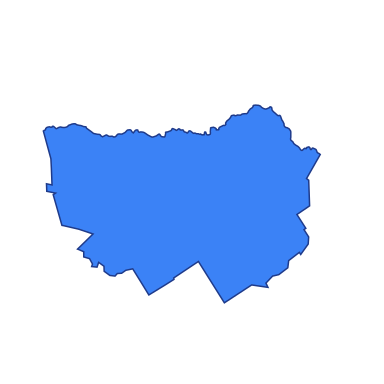 outline of Grafton, New Hampshire, United States of America, rotated 66°
{"feature_id": "52423323B26223057606715", "entity_name": "Grafton", "entity_type": "district", "adm_level": 2, "iso_a3": "USA", "parent_name": "United States of America", "parent_adm1": "New Hampshire", "projection": "natural_earth1", "projection_center": [-72.019, 43.968], "detail": "fine", "context": "isolated", "style": "filled", "palette": "blue", "viewbox_px": 384, "rotation_deg": 66, "n_neighbors": 0, "source": "geoboundaries", "source_scale": "gbopen_adm2", "svg_char_len": 4094}
<svg xmlns="http://www.w3.org/2000/svg" viewBox="0 0 384 384"><g transform="rotate(66 192 192)"><path d="M209.9,59.6L209.4,59.8L208.2,60.5L207.6,61.1L206.8,61.5L203.9,61.4L203.2,61.7L201.2,63.5L200.9,63.9L200.9,64.4L201.7,65.7L201.6,66.2L200.9,66.5L199.6,66.3L198.6,66.7L198.3,66.9L198.0,68.9L198.1,69.1L198.8,69.8L198.8,70.1L198.7,70.4L198.0,70.9L197.9,71.3L198.1,72.4L198.7,74.0L198.8,74.3L198.6,74.9L198.3,75.2L197.2,75.7L195.5,75.9L193.8,76.5L192.7,77.2L191.2,78.3L189.2,79.3L187.0,79.5L185.1,80.5L184.5,80.6L183.6,80.4L182.2,79.5L177.3,77.3L176.3,77.1L173.7,77.6L171.9,79.0L171.0,80.3L169.5,80.8L168.6,80.8L167.1,80.2L164.0,80.3L162.9,80.6L158.6,80.3L157.7,80.7L157.3,82.2L156.9,82.6L153.5,84.1L151.7,85.0L150.6,85.3L149.5,85.5L147.9,85.0L147.1,84.9L146.2,85.5L146.0,86.4L146.4,86.9L146.4,89.6L146.3,90.5L146.1,91.1L145.2,92.3L144.8,92.7L143.0,94.0L141.4,94.5L140.0,95.8L138.5,98.5L137.9,100.4L138.2,101.2L138.7,101.3L139.5,102.7L139.8,104.9L141.2,107.6L142.1,108.5L142.5,109.4L142.7,110.2L142.0,111.7L141.3,113.9L141.2,114.9L141.5,116.1L141.5,116.4L141.4,116.7L140.1,119.3L140.2,120.0L140.0,121.1L139.8,121.7L138.9,122.3L138.7,122.7L138.3,124.9L139.4,126.3L140.4,128.0L141.4,131.5L142.7,133.3L144.0,133.6L144.4,134.5L144.5,134.7L144.5,135.1L143.9,136.2L143.9,136.5L144.1,140.7L145.0,141.8L145.9,142.1L146.0,142.4L145.1,144.5L144.8,144.5L144.4,144.2L144.1,144.2L143.0,144.7L141.6,146.0L141.0,148.3L141.0,148.9L144.6,150.9L145.3,151.0L146.2,151.5L146.6,151.9L146.7,152.6L146.5,154.0L146.2,154.5L145.9,154.9L145.4,155.2L144.5,155.3L143.0,155.1L142.7,155.3L142.4,155.8L142.8,156.4L144.6,157.6L143.9,159.6L142.5,160.6L142.6,161.3L141.3,162.6L140.6,164.2L140.4,164.4L140.0,164.7L139.3,165.4L139.1,166.6L138.2,167.3L136.2,168.3L135.6,168.7L135.2,169.2L135.1,169.6L135.1,170.2L136.1,171.7L136.2,172.2L136.0,172.6L135.2,173.1L134.7,173.5L134.5,174.0L133.7,174.7L132.5,174.8L132.1,174.8L131.6,175.1L131.4,175.5L131.2,176.2L130.5,177.5L129.6,177.6L128.9,178.3L129.0,179.3L129.4,180.9L129.3,181.3L128.1,182.0L126.2,183.8L126.2,184.6L127.2,185.7L127.4,186.7L127.2,189.5L127.1,190.3L126.7,191.3L126.7,191.7L126.8,191.9L127.6,192.1L130.0,193.9L130.5,194.5L130.5,194.9L129.2,197.1L128.8,197.4L127.6,197.9L126.6,197.9L125.9,198.2L125.7,198.6L125.7,199.3L126.2,201.7L126.2,202.1L125.9,205.3L125.6,206.0L125.2,206.6L121.8,209.3L119.4,210.7L117.9,211.8L116.9,213.2L116.2,214.5L116.1,215.8L115.7,216.2L114.1,216.5L113.3,216.4L113.1,216.7L112.8,217.2L112.6,218.5L113.0,219.5L113.5,220.3L113.6,220.6L113.8,221.0L114.1,221.6L112.3,222.5L111.2,222.5L110.4,222.8L109.9,223.4L109.2,225.6L109.3,226.3L110.4,228.9L110.6,232.2L110.3,233.2L109.6,234.4L109.1,235.6L109.0,236.1L109.5,237.7L110.1,238.7L110.3,240.0L109.9,241.1L108.5,242.3L107.9,244.1L107.4,245.1L107.0,245.5L105.3,246.7L105.0,247.2L105.0,247.9L105.2,251.2L105.0,251.3L104.5,251.8L103.7,252.3L102.4,252.6L102.0,252.9L101.5,253.5L101.0,254.6L100.6,255.2L98.5,258.1L95.5,259.7L90.9,262.4L89.3,262.4L88.1,264.5L87.2,265.3L86.0,266.6L85.5,267.5L84.2,269.3L83.6,270.0L82.4,270.7L81.7,271.9L81.1,274.0L81.1,275.0L80.9,277.8L81.3,278.4L81.6,279.3L81.6,280.6L81.3,281.9L81.0,282.8L79.8,284.9L79.3,285.3L79.0,286.0L78.8,288.0L79.0,288.9L79.0,290.0L78.7,290.5L77.0,291.2L75.8,291.8L75.4,292.2L75.3,292.5L75.3,293.0L75.8,293.5L75.4,294.8L74.6,295.4L74.1,297.1L74.0,298.5L74.5,299.8L75.3,300.4L75.6,300.9L75.6,301.0L75.7,302.1L75.5,302.7L75.3,302.9L75.2,302.9L104.3,307.4L113.1,310.8L128.6,317.0L125.3,321.6L132.3,324.4L137.5,317.1L138.0,319.9L169.6,324.4L170.6,322.9L179.9,310.6L190.1,299.5L197.6,319.8L202.5,315.2L207.3,317.3L211.2,312.7L217.3,312.2L219.3,314.0L222.0,309.3L218.3,305.9L224.0,302.6L228.7,304.5L234.8,301.0L237.5,296.5L236.1,293.4L237.6,289.3L236.6,284.3L238.1,277.4L254.1,275.2L268.5,273.3L266.0,254.3L264.5,244.0L263.1,243.7L259.0,219.9L258.1,214.4L306.4,207.5L302.2,181.7L301.2,175.3L310.0,161.4L305.3,161.5L301.6,152.6L302.8,146.3L300.2,135.3L294.0,131.6L290.8,118.5L293.3,118.1L286.8,107.0L280.5,103.7L271.9,105.0L271.5,102.8L255.2,105.3L252.5,90.2L228.7,80.6L226.3,81.9L209.9,59.6Z" fill="#3b82f6" stroke="#1e3a8a" stroke-width="1.5"/></g></svg>